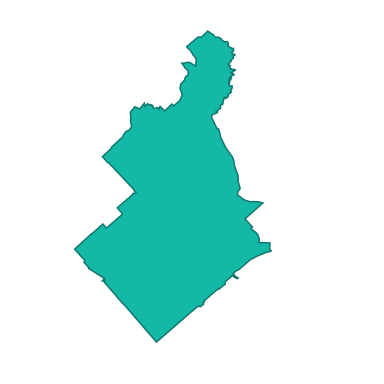 Ballarat, Victoria, Australia, rotated 220°
{"feature_id": "25037944B10145309156113", "entity_name": "Ballarat", "entity_type": "district", "adm_level": 2, "iso_a3": "AUS", "parent_name": "Australia", "parent_adm1": "Victoria", "projection": "mercator", "projection_center": [143.86, -37.519], "detail": "fine", "context": "isolated", "style": "filled", "palette": "teal", "viewbox_px": 384, "rotation_deg": 220, "n_neighbors": 0, "source": "geoboundaries", "source_scale": "gbopen_adm2", "svg_char_len": 5987}
<svg xmlns="http://www.w3.org/2000/svg" viewBox="0 0 384 384"><g transform="rotate(220 192 192)"><path d="M283.4,161.5L278.3,160.7L275.8,160.3L275.0,160.5L274.8,160.8L238.5,156.6L238.1,156.1L234.5,155.5L234.7,154.8L235.1,154.1L235.8,153.2L236.4,152.7L235.7,151.6L235.9,151.4L236.9,145.5L239.1,131.8L231.0,130.5L234.3,109.4L239.7,110.2L241.9,94.9L242.2,95.2L242.8,90.5L245.2,72.8L230.1,70.6L229.7,68.8L221.9,67.6L222.0,67.0L218.1,67.5L203.3,69.5L203.7,66.3L203.1,66.6L201.9,66.7L201.6,66.8L201.4,67.2L201.4,67.4L201.7,67.4L202.0,67.4L202.2,67.5L202.3,67.7L202.2,67.9L201.9,68.1L201.8,68.3L201.4,68.0L201.2,67.8L200.9,67.2L200.6,66.5L200.5,66.4L186.8,64.3L180.1,63.1L173.1,62.1L173.1,62.3L122.8,54.2L117.9,84.6L116.4,94.7L114.0,108.6L113.7,108.6L112.4,109.4L111.9,109.4L111.1,113.5L112.2,113.9L111.7,115.4L112.7,116.6L112.5,118.3L111.8,121.9L111.4,124.8L109.7,134.8L109.0,134.7L107.9,140.8L107.2,142.2L108.8,144.8L107.3,154.2L105.8,154.0L104.7,154.0L103.9,154.2L101.5,154.8L101.3,155.7L104.5,155.3L105.0,155.3L105.6,155.4L108.1,156.1L107.4,160.3L106.3,162.1L103.8,177.7L103.7,177.7L103.5,179.2L102.7,180.0L101.4,183.7L96.5,193.1L93.4,197.7L93.6,197.8L95.8,198.2L99.5,203.1L108.4,196.2L108.5,196.9L110.3,199.3L114.1,201.5L116.3,202.0L118.4,202.0L123.6,201.8L123.2,204.0L134.2,205.5L130.6,229.3L135.8,226.5L139.5,223.6L140.5,222.3L143.8,220.7L147.7,219.4L155.6,219.1L157.1,222.0L157.2,225.5L163.3,229.7L167.3,234.3L172.7,237.1L174.5,238.5L176.7,239.6L179.6,242.4L183.2,244.7L193.9,247.5L196.3,248.4L204.8,252.1L208.7,255.2L212.3,257.4L212.7,257.1L213.9,256.9L216.9,258.1L224.8,261.7L225.9,263.3L226.2,264.1L225.7,265.2L225.5,265.8L224.4,267.3L223.7,269.5L224.6,269.6L224.4,269.7L224.3,269.9L224.4,270.0L224.5,270.2L224.6,270.5L224.5,271.2L224.5,271.5L224.4,271.9L224.5,273.0L224.4,273.2L224.0,273.8L223.9,274.2L224.2,274.9L224.4,275.1L224.7,275.3L224.9,275.5L225.0,275.8L225.5,276.4L225.7,276.7L225.9,277.0L226.0,277.4L225.8,278.1L225.7,278.2L225.2,278.3L225.0,278.5L224.8,278.7L224.9,279.2L225.1,279.6L225.6,280.2L225.9,280.7L226.3,281.2L226.4,281.5L226.6,282.0L226.8,282.6L227.3,283.3L227.6,284.0L228.1,284.8L228.3,285.4L228.2,285.6L227.8,285.7L227.5,285.6L227.2,285.3L226.9,285.1L226.6,285.0L226.4,285.1L226.3,285.4L225.9,286.8L225.5,287.4L225.6,287.7L225.8,288.1L226.1,288.5L225.9,289.1L226.0,289.2L226.4,289.4L226.7,289.7L226.9,290.1L226.9,290.4L226.8,290.9L226.7,291.1L226.5,291.3L226.4,291.7L226.2,292.1L226.2,292.5L226.4,293.2L226.3,293.5L226.1,294.0L226.3,294.2L227.0,294.2L227.3,294.2L227.5,294.4L227.7,295.0L227.6,295.9L227.7,296.4L228.4,297.7L228.6,297.9L228.9,298.6L229.4,299.0L229.6,299.1L229.9,298.7L230.1,298.5L230.9,297.9L231.1,297.6L232.0,297.5L232.5,297.7L232.9,297.9L233.0,298.1L233.0,298.3L232.8,298.8L232.9,299.0L233.0,299.1L233.3,299.2L233.6,299.1L234.0,299.0L234.3,299.2L234.4,299.4L234.5,299.7L233.9,300.2L233.9,300.3L233.8,300.6L234.0,300.9L234.2,301.0L235.3,301.2L235.4,301.3L235.5,301.5L235.4,301.9L234.6,302.5L234.4,302.9L234.4,303.0L234.7,303.3L235.2,303.2L236.1,303.1L236.3,303.1L236.6,303.4L236.7,303.5L236.6,303.8L236.3,304.1L236.1,304.2L235.5,304.1L235.3,304.2L235.0,304.6L234.9,304.7L235.0,304.9L235.2,305.0L235.9,305.0L236.4,305.2L236.5,305.3L236.7,306.0L236.7,306.3L236.4,306.8L236.1,307.6L235.6,307.8L235.3,307.8L235.2,307.9L235.1,308.2L235.2,308.7L235.4,309.0L236.3,309.2L236.9,309.0L237.3,308.7L237.8,308.4L238.5,308.4L238.9,308.6L239.0,308.9L238.9,309.2L238.2,310.0L238.0,310.4L238.0,311.0L237.8,311.5L237.4,312.3L237.2,312.6L237.0,313.1L237.4,313.2L238.3,313.3L238.6,313.1L238.8,312.8L239.1,312.3L239.2,311.9L239.5,311.8L240.1,311.6L240.6,311.7L241.1,311.7L241.4,311.2L241.9,311.1L242.3,311.2L242.6,311.4L243.0,312.0L243.4,312.8L243.6,313.2L243.9,313.3L244.4,313.4L244.7,313.3L245.0,313.2L245.4,312.6L245.7,312.5L245.8,312.5L245.9,313.2L246.3,313.9L246.3,314.2L246.1,314.8L246.5,315.3L246.5,315.8L246.0,316.9L246.6,318.5L246.6,319.0L246.6,319.5L246.4,320.9L246.4,321.2L246.7,321.5L247.0,321.6L247.3,321.8L247.5,322.2L247.6,322.9L247.6,323.1L247.2,323.9L247.0,324.2L247.1,324.5L247.3,324.7L247.7,324.8L248.0,324.8L248.3,324.7L248.8,324.3L249.0,324.0L249.3,323.5L249.5,323.5L249.8,323.5L251.4,324.8L251.5,324.9L251.4,325.3L250.8,325.9L251.0,326.7L251.2,327.3L251.3,327.4L251.9,327.9L252.6,328.5L252.8,328.6L253.0,327.8L253.1,327.7L255.1,327.5L255.9,327.2L256.3,327.2L258.4,327.2L258.5,327.3L259.4,329.0L260.7,329.7L261.2,329.8L261.4,329.8L263.0,328.8L263.3,328.5L263.7,328.0L263.9,327.9L266.7,327.6L267.0,327.6L267.7,328.0L268.5,328.0L271.3,327.6L271.7,327.3L272.8,326.0L273.0,325.7L273.4,325.6L273.9,325.6L276.8,326.3L277.0,326.3L277.6,325.9L282.4,325.5L283.7,325.0L283.4,323.9L284.4,316.4L284.4,316.2L284.5,316.2L285.7,315.8L287.0,314.5L289.5,299.9L288.8,299.6L288.5,299.6L284.6,299.4L283.8,299.3L283.0,299.1L279.2,297.6L278.6,297.5L276.9,297.4L276.2,297.2L275.3,296.9L273.9,296.0L273.3,295.5L270.7,291.3L270.2,290.8L276.5,289.8L277.5,289.4L279.0,288.3L280.2,286.5L280.5,286.2L281.1,285.6L281.4,285.3L282.0,284.3L282.4,284.0L281.2,283.7L278.9,283.5L278.7,283.0L276.5,282.4L274.7,282.6L272.6,282.2L272.4,281.7L272.2,281.4L271.3,280.8L270.6,280.2L270.5,279.4L270.5,278.5L270.9,275.5L269.8,273.3L269.7,270.7L270.0,269.0L270.1,268.3L270.0,267.8L269.9,267.3L268.2,264.5L267.9,263.7L262.0,260.2L260.9,256.7L260.2,253.9L261.4,246.1L263.9,246.5L264.3,243.9L264.0,243.8L264.2,241.9L264.4,241.9L265.2,236.3L271.4,237.2L271.5,237.0L270.9,234.8L270.7,234.4L270.6,234.2L272.5,234.5L272.8,234.4L273.1,234.2L274.1,232.1L274.4,231.9L274.6,231.7L275.5,231.5L276.8,232.6L278.8,232.8L278.9,231.9L280.1,232.1L280.2,231.2L282.8,231.1L282.8,230.0L282.8,227.6L285.6,229.4L285.4,222.1L290.6,220.5L290.5,213.7L290.4,213.2L289.5,212.5L287.1,210.2L285.1,207.4L284.6,206.7L283.0,205.5L281.4,204.1L280.6,203.6L280.2,203.0L280.0,198.9L281.5,195.8L281.2,191.8L280.5,189.1L280.5,188.7L280.5,188.2L280.9,187.0L282.1,177.7L282.5,175.5L282.3,174.8L282.1,174.4L282.1,173.4L281.8,172.3L281.9,172.2L282.8,165.9L283.4,161.5Z" fill="#14b8a6" stroke="#0f766e" stroke-width="1.5"/></g></svg>